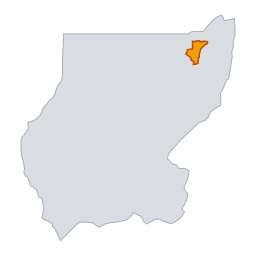 location of Mbarara within Uganda, rotated 180°
{"feature_id": "UGA-3374", "entity_name": "Mbarara", "entity_type": "County", "adm_level": 1, "iso_a3": "UGA", "parent_name": "Uganda", "parent_adm1": "", "projection": "mercator", "projection_center": [30.545, -0.528], "detail": "fine", "context": "in_parent", "style": "filled", "palette": "amber", "viewbox_px": 256, "rotation_deg": 180, "n_neighbors": 0, "source": "natural_earth", "source_scale": "10m", "svg_char_len": 2762}
<svg xmlns="http://www.w3.org/2000/svg" viewBox="0 0 256 256"><g transform="rotate(180 128 128)"><path d="M192.6,222.1L188.3,222.1L181.3,222.1L174.2,222.1L167.2,222.1L160.2,222.1L153.1,222.1L146.1,222.1L139.1,222.1L132.0,222.1L125.0,222.1L118.0,222.1L110.9,222.1L103.9,222.1L96.9,222.1L89.8,222.1L82.8,222.1L75.8,222.1L71.6,222.1L70.8,222.0L70.2,221.8L67.5,222.3L64.8,224.1L61.9,224.8L58.8,224.5L58.4,224.7L56.8,224.7L54.5,224.5L52.4,225.0L50.9,226.5L49.3,229.1L46.4,232.1L44.1,234.8L42.2,236.6L37.8,239.7L35.4,240.6L34.2,240.5L33.5,239.9L32.1,236.0L31.3,235.3L22.7,237.4L21.5,237.4L21.6,236.2L20.9,226.8L20.9,221.1L22.0,217.6L22.6,213.5L22.7,209.8L24.3,203.7L23.7,200.0L25.7,187.0L26.2,184.9L27.0,178.6L28.3,176.7L29.4,175.9L30.9,172.0L33.7,165.9L35.6,162.7L35.2,155.8L35.5,151.1L35.9,150.1L40.1,148.3L45.4,144.0L47.7,138.8L50.9,135.6L57.1,133.5L75.5,115.9L84.0,106.4L87.8,101.6L87.9,99.8L88.6,97.5L87.1,95.8L85.3,94.1L84.7,92.6L83.2,91.9L81.0,91.9L79.5,90.8L77.9,88.7L76.2,87.4L71.0,87.5L67.0,85.3L67.1,82.3L68.6,76.5L71.7,69.8L71.8,67.9L71.4,66.4L70.7,65.0L69.3,63.7L68.0,62.1L69.0,57.3L70.9,52.5L72.5,50.2L74.1,47.5L73.6,45.4L71.4,44.3L72.5,42.2L75.0,38.6L79.7,35.0L83.8,32.6L86.5,32.6L91.9,34.5L96.7,36.8L99.4,36.9L102.6,35.9L109.3,31.9L110.9,33.2L112.9,35.6L115.0,39.7L119.2,41.5L121.2,42.8L122.7,43.1L123.5,42.8L125.1,39.6L127.0,37.9L130.6,35.7L138.5,34.0L144.1,33.5L146.5,33.1L150.5,32.1L156.8,28.8L163.0,33.0L169.7,33.8L176.2,33.8L178.2,32.5L179.4,31.6L186.2,24.7L195.5,15.4L201.7,28.5L203.8,29.3L203.5,30.4L203.0,31.5L207.0,34.7L212.0,36.3L213.8,37.9L213.9,39.7L212.2,47.4L212.6,49.6L214.2,57.3L217.1,59.0L219.8,66.7L225.1,70.0L225.8,70.9L227.0,74.7L228.7,78.8L229.9,79.7L230.7,80.0L232.3,84.3L231.4,86.8L232.6,94.2L234.6,100.9L235.1,108.8L235.1,112.3L235.1,114.4L234.6,117.5L233.7,119.2L232.0,120.9L230.1,123.6L228.5,126.4L227.4,127.8L228.2,132.1L228.0,133.2L227.6,133.8L225.2,134.4L222.1,135.6L220.3,136.7L217.6,138.9L215.5,141.2L212.7,148.2L208.0,153.5L207.2,155.3L202.8,158.5L200.9,162.5L199.6,167.3L197.9,170.8L194.2,175.6L193.3,183.2L193.5,198.2L192.5,215.4L192.6,222.1Z" fill="#d9dde1" stroke="#a8b0b8" stroke-width="1"/><path d="M58.1,192.6L60.4,191.8L62.8,191.5L62.1,193.8L63.4,195.2L64.5,195.5L65.1,196.4L64.9,197.8L65.9,198.8L70.2,202.2L69.0,204.0L68.8,205.2L68.5,206.4L67.0,206.4L66.2,206.8L65.4,206.9L63.8,206.7L63.5,208.0L63.5,208.8L63.3,209.5L63.5,211.2L63.5,214.7L61.5,214.4L60.5,214.4L60.2,214.6L59.9,214.9L59.5,215.1L59.1,215.1L58.5,214.8L57.9,215.0L57.3,215.3L56.2,215.1L55.4,214.4L54.5,214.0L53.7,214.5L52.6,214.8L49.9,214.6L48.6,214.2L48.4,213.4L49.0,212.3L51.6,210.7L55.0,207.4L55.6,205.9L55.9,204.7L56.7,201.8L56.8,200.1L56.7,198.8L57.8,197.7L57.7,195.0L58.1,192.6Z" fill="#f59e0b" stroke="#b45309" stroke-width="1.5"/></g></svg>